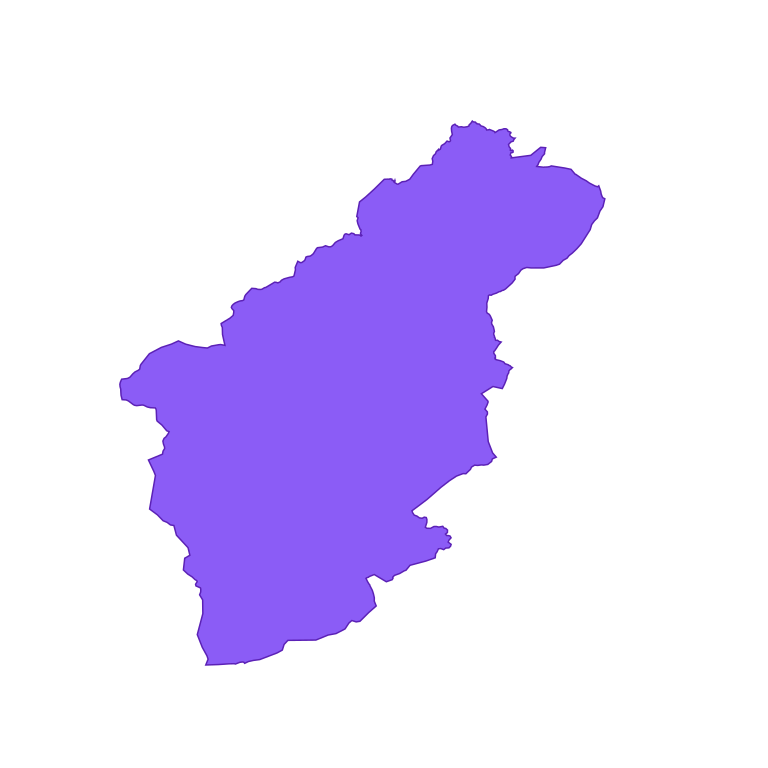 outline of Antananarivo Atsimondrano, Analamanga, Madagascar, rotated 66°
{"feature_id": "10022922B82805843876956", "entity_name": "Antananarivo Atsimondrano", "entity_type": "district", "adm_level": 2, "iso_a3": "MDG", "parent_name": "Madagascar", "parent_adm1": "Analamanga", "projection": "natural_earth1", "projection_center": [47.486, -19.01], "detail": "fine", "context": "isolated", "style": "filled", "palette": "violet", "viewbox_px": 768, "rotation_deg": 66, "n_neighbors": 0, "source": "geoboundaries", "source_scale": "gbopen_adm2", "svg_char_len": 6158}
<svg xmlns="http://www.w3.org/2000/svg" viewBox="0 0 768 768"><g transform="rotate(66 384 384)"><path d="M336.2,146.9L326.9,132.9L322.8,129.4L320.5,125.3L319.1,121.5L313.8,116.3L311.1,111.9L304.6,106.9L302.8,108.4L301.4,108.5L298.7,108.3L295.9,107.6L290.3,107.2L290.7,108.6L290.2,109.2L288.9,110.7L284.0,114.6L280.6,116.6L276.3,120.0L270.5,123.5L270.3,124.0L264.0,125.8L260.3,130.9L252.8,142.5L252.8,144.3L252.2,146.5L251.0,149.5L251.0,149.8L247.4,156.0L246.1,153.9L244.6,152.5L242.5,149.1L240.5,147.0L239.0,143.7L237.8,143.2L233.9,140.2L231.5,144.6L234.8,156.9L229.2,175.8L228.0,175.0L226.1,175.6L224.2,173.7L224.8,172.6L224.7,171.8L223.4,171.2L222.5,171.6L222.2,173.1L221.8,173.5L220.3,172.6L218.2,173.2L215.8,172.8L214.5,169.5L214.7,167.1L213.6,166.1L212.7,164.3L212.2,165.4L211.5,166.2L209.3,167.6L208.2,167.8L207.1,167.5L206.6,167.1L206.2,165.9L205.8,165.8L204.5,166.8L203.9,167.7L202.8,168.0L202.0,167.7L200.5,168.7L199.6,170.6L199.5,172.6L198.7,175.5L199.5,180.3L198.7,180.3L197.6,181.0L194.3,184.2L194.4,184.8L193.7,186.9L192.3,186.9L191.4,187.2L189.3,188.5L187.7,190.4L185.3,191.2L184.3,193.0L183.7,193.2L183.6,193.6L182.0,193.9L180.8,195.9L179.7,196.4L181.2,198.8L181.8,200.7L182.9,201.6L182.8,203.4L181.9,206.7L180.5,208.6L179.5,211.6L178.4,211.8L176.7,213.2L175.5,213.5L175.7,216.3L176.5,217.5L177.8,218.4L180.5,219.4L183.9,220.1L186.1,223.7L188.8,224.3L189.2,225.1L189.2,226.0L187.7,227.6L189.1,230.8L189.5,234.0L189.9,234.9L192.4,237.0L192.6,239.2L191.9,238.9L193.0,241.8L194.6,243.3L195.5,245.9L197.7,248.3L200.3,248.8L203.0,250.5L202.6,253.1L199.7,261.1L199.6,262.3L204.4,272.0L207.4,277.2L207.7,281.7L206.6,285.2L207.2,290.0L206.6,290.8L204.1,292.5L203.0,291.3L202.4,291.2L203.0,291.8L203.1,292.7L201.7,292.9L201.3,293.7L200.0,293.5L199.0,295.1L199.1,296.0L198.6,296.7L197.1,300.5L202.0,313.6L205.7,324.7L207.7,332.3L220.0,340.8L221.3,340.1L222.1,340.5L223.9,342.1L227.1,342.7L232.8,342.9L233.5,342.4L235.6,343.0L236.5,344.0L237.2,344.3L239.3,343.8L239.5,344.8L237.9,345.8L235.9,350.0L234.4,350.4L232.9,352.4L233.4,355.2L231.3,357.6L231.3,359.1L232.0,360.1L234.6,362.4L234.5,367.7L234.9,370.9L236.6,374.4L237.0,376.1L236.8,377.4L236.1,378.8L233.9,381.2L233.9,384.5L232.4,389.4L232.9,390.7L236.2,395.5L237.0,398.2L237.1,399.5L236.3,402.3L236.3,403.7L238.2,405.4L238.9,406.4L239.6,409.6L239.1,411.1L236.8,412.8L241.4,417.7L243.7,418.5L248.7,422.3L248.9,423.8L248.1,427.1L247.3,432.5L247.5,435.4L248.5,437.6L248.4,439.9L247.3,441.1L246.5,442.5L247.7,452.7L247.4,454.0L247.8,457.0L247.4,458.4L246.2,460.8L244.8,462.2L242.8,465.9L246.1,473.9L247.2,475.5L250.1,477.8L250.3,479.2L249.6,481.7L249.4,483.8L249.4,487.0L249.9,489.3L250.7,491.1L251.9,492.3L253.5,492.2L255.9,491.4L257.7,492.3L260.0,493.9L261.2,498.0L262.5,508.2L264.2,508.7L266.6,508.7L273.1,511.4L284.0,513.6L281.5,517.2L280.9,519.0L279.1,526.2L279.3,530.7L276.9,534.9L273.0,541.3L267.0,548.9L261.0,554.3L261.1,562.0L260.0,572.5L260.9,586.0L267.1,597.9L268.0,599.1L271.0,601.1L271.5,602.7L271.7,606.6L272.6,609.4L274.4,613.2L274.6,615.2L274.5,616.4L272.9,621.7L275.1,624.1L276.8,625.4L279.1,626.2L281.6,626.6L287.3,628.8L291.8,629.6L293.7,626.0L295.5,624.4L300.9,621.4L302.0,620.5L303.2,618.7L304.8,613.5L305.7,612.1L308.7,609.6L310.6,607.1L312.8,602.7L314.3,602.5L315.5,602.8L324.1,606.2L325.7,606.3L331.1,603.6L338.4,601.5L340.1,599.7L341.4,601.1L343.6,604.7L344.2,607.0L346.2,609.2L349.1,609.9L352.2,610.1L353.8,610.7L355.4,613.1L358.0,614.9L357.6,630.1L370.3,629.8L374.6,630.0L402.9,649.0L411.4,644.2L419.1,641.4L422.1,638.5L425.9,636.4L427.8,633.5L437.7,635.1L453.8,629.6L461.5,631.0L462.1,636.9L472.3,642.9L477.8,640.6L482.2,637.7L485.8,636.2L487.5,635.0L488.6,635.1L490.3,637.6L492.0,637.9L495.6,634.6L497.1,634.9L499.5,636.1L501.6,638.2L507.5,637.5L520.1,642.9L537.0,656.5L550.7,657.1L560.2,656.3L563.8,656.6L568.2,661.1L572.9,649.5L576.6,639.4L578.6,634.6L579.4,633.6L579.6,628.9L580.4,626.3L581.2,625.2L582.5,624.9L582.4,620.7L583.4,615.7L585.2,609.6L586.2,590.9L585.7,585.1L581.3,581.2L579.1,576.1L590.2,550.4L590.6,537.2L592.5,529.3L591.9,519.2L588.1,513.3L587.0,509.6L590.0,506.2L591.0,502.5L586.6,491.0L583.6,481.4L578.4,481.2L575.4,479.8L571.4,479.0L567.8,478.6L562.5,478.9L561.8,478.7L560.9,479.0L557.9,479.4L554.2,479.5L554.0,478.6L554.2,477.0L553.9,475.6L554.1,470.4L565.6,462.3L566.1,456.1L565.0,454.7L564.1,454.7L563.1,452.3L563.5,446.8L562.9,441.4L563.1,439.7L560.2,434.0L562.8,417.6L563.6,407.9L560.1,405.9L558.9,403.8L556.7,401.3L557.4,399.1L559.6,396.8L559.0,394.4L560.1,391.3L559.3,389.2L557.8,387.9L554.5,389.7L553.1,388.2L551.8,385.3L549.8,385.5L548.8,386.6L547.9,388.4L546.1,388.9L545.5,386.5L543.3,385.4L541.1,386.3L540.1,387.7L537.9,388.2L537.0,392.1L535.4,394.2L534.5,396.4L534.8,400.2L533.2,403.6L531.7,404.5L527.8,401.1L525.2,399.9L523.2,399.7L522.0,401.4L522.2,403.7L520.7,406.1L518.1,407.6L516.1,409.7L513.3,410.2L511.2,410.0L507.0,391.8L501.5,373.9L499.0,363.7L497.6,355.3L498.0,348.2L499.3,345.7L497.1,339.7L495.5,337.9L495.0,334.2L496.5,331.5L497.5,328.0L498.7,325.8L499.7,321.9L498.5,317.2L496.5,315.5L496.5,311.2L491.1,312.8L479.0,312.2L455.5,304.3L453.5,301.7L451.5,300.9L448.0,302.0L445.1,298.4L442.9,296.3L442.0,296.0L432.5,299.0L430.6,285.5L436.3,277.8L433.2,274.0L428.9,269.6L426.9,268.4L425.6,267.1L424.6,265.6L422.9,264.6L422.1,263.0L421.9,261.7L421.2,260.0L420.5,260.7L418.6,261.4L417.6,262.4L416.9,262.7L414.7,265.2L412.6,265.7L409.9,268.4L407.4,271.7L406.1,272.4L405.3,272.0L405.5,271.6L403.4,270.7L400.5,271.2L398.9,270.4L398.8,269.6L396.9,266.5L395.0,263.7L393.3,259.9L391.8,261.7L390.2,262.5L389.6,264.1L389.2,264.3L387.2,263.8L386.1,264.1L385.6,263.7L383.4,263.6L382.0,263.0L381.0,261.8L379.3,261.4L376.2,260.8L373.1,261.2L371.5,260.7L369.8,259.2L365.1,259.2L363.2,259.5L361.1,260.9L359.6,260.9L355.7,258.7L351.9,257.2L348.3,254.0L345.8,252.7L345.5,251.5L346.5,250.0L346.3,248.0L346.7,244.3L346.5,241.3L346.9,239.9L346.6,238.4L346.9,236.6L346.6,234.3L343.8,225.8L341.5,221.6L339.6,220.9L338.9,220.3L337.8,216.1L335.7,212.7L335.2,210.1L335.6,206.2L337.8,202.4L343.0,190.6L345.6,178.4L345.9,174.9L343.9,170.0L343.5,165.6L342.0,162.8L341.0,158.7L338.9,152.9L336.2,146.9Z" fill="#8b5cf6" stroke="#5b21b6" stroke-width="1.5"/></g></svg>